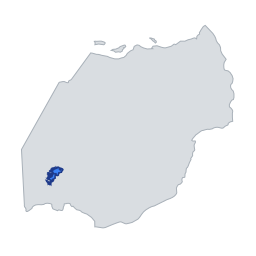 location of Sengerema, Mwanza, United Republic of Tanzania, rotated 267°
{"feature_id": "72390352B95612948822264", "entity_name": "Sengerema", "entity_type": "district", "adm_level": 2, "iso_a3": "TZA", "parent_name": "United Republic of Tanzania", "parent_adm1": "Mwanza", "projection": "robinson", "projection_center": [32.45, -2.582], "detail": "fine", "context": "in_parent", "style": "filled", "palette": "blue", "viewbox_px": 256, "rotation_deg": 267, "n_neighbors": 0, "source": "geoboundaries", "source_scale": "gbopen_adm2", "svg_char_len": 7656}
<svg xmlns="http://www.w3.org/2000/svg" viewBox="0 0 256 256"><g transform="rotate(267 128 128)"><path d="M93.3,189.3L90.4,187.6L87.8,186.5L85.6,185.4L84.7,184.2L82.7,183.8L80.9,183.6L79.3,182.6L76.0,182.2L75.7,181.5L75.6,179.9L75.0,179.5L73.8,179.1L72.5,179.2L71.7,179.4L71.3,179.3L70.2,178.4L69.2,177.2L68.8,175.3L67.3,174.1L65.6,173.2L60.7,173.3L60.0,173.0L58.8,172.1L57.4,170.5L56.4,168.8L55.4,166.4L54.4,163.1L48.8,150.2L48.3,147.7L47.2,145.0L45.4,141.7L43.5,139.2L41.0,137.0L38.1,134.8L36.5,133.2L33.5,127.2L32.9,124.3L32.4,121.4L32.6,120.2L34.5,116.4L34.7,115.3L34.4,113.8L33.5,110.8L32.3,107.1L29.9,100.4L29.6,98.7L29.6,97.5L31.0,90.7L31.0,89.7L36.6,89.9L40.6,86.9L44.2,82.4L44.9,80.6L46.3,77.7L47.7,76.3L48.3,75.3L49.1,72.4L51.0,70.5L52.8,69.0L52.4,68.0L52.7,67.6L53.7,66.8L55.6,66.1L55.9,64.7L55.9,63.0L55.6,62.0L55.7,60.9L55.4,60.3L54.1,60.2L52.3,59.3L50.7,59.0L49.6,58.5L49.2,58.1L49.1,57.1L49.9,54.5L49.1,53.4L51.0,49.1L51.4,48.6L52.1,48.5L53.2,48.0L54.2,47.8L55.1,48.0L55.7,47.8L56.2,47.3L56.7,45.9L57.1,43.4L56.9,41.4L56.1,39.9L55.9,37.5L56.2,34.4L56.0,31.8L55.1,29.7L54.1,28.4L52.7,27.8L50.6,24.6L49.9,23.1L50.0,22.1L50.8,21.7L52.2,21.9L53.5,21.5L54.7,20.6L55.9,20.4L56.5,20.5L112.1,20.5L177.0,61.5L177.3,62.0L177.8,65.6L177.7,66.8L176.7,68.8L176.4,69.9L176.4,70.6L176.6,70.9L177.5,71.0L178.2,71.5L178.5,71.9L179.0,73.4L179.7,74.2L204.4,94.3L204.9,94.6L204.6,96.3L203.2,100.4L203.1,102.1L202.5,104.1L202.0,105.4L200.6,111.2L199.4,113.4L197.7,118.4L197.5,122.3L198.3,125.0L198.7,127.5L200.6,130.0L202.1,130.9L203.1,132.0L204.9,134.6L205.9,137.2L209.2,138.5L210.5,141.4L210.0,143.4L208.5,145.1L207.1,147.8L205.9,151.3L205.9,156.8L206.6,155.9L208.4,157.3L208.6,161.3L206.8,165.9L206.2,168.1L206.1,169.9L207.4,175.5L209.3,178.3L209.2,179.2L208.7,180.0L212.0,185.0L211.7,189.3L213.0,192.7L213.5,195.7L214.3,197.9L214.5,199.5L213.4,201.2L215.9,201.6L217.3,203.0L218.0,204.4L219.7,204.3L220.7,205.2L222.1,206.0L225.1,208.3L225.9,209.4L226.4,210.5L218.0,217.7L214.9,219.5L212.8,220.3L210.4,220.8L208.2,222.0L206.2,223.7L203.5,224.6L200.3,224.6L196.9,225.9L191.5,229.6L188.4,227.5L185.9,226.9L183.1,226.9L181.4,227.2L180.8,227.6L180.3,228.9L179.8,230.9L178.0,232.9L174.7,234.8L171.7,235.5L169.0,235.0L167.2,234.3L166.2,233.1L164.8,232.6L162.9,232.7L161.1,233.5L159.4,235.0L156.7,235.6L152.9,235.4L150.9,234.7L150.6,233.5L149.0,232.0L146.0,230.4L143.8,230.4L142.4,231.9L141.0,232.9L139.9,233.4L138.8,233.4L137.3,233.0L133.1,232.8L129.2,232.9L128.8,230.6L128.0,229.2L127.3,228.3L126.0,228.1L125.6,227.5L125.1,226.0L124.5,224.8L123.6,223.8L123.0,222.9L122.9,222.0L123.0,221.1L123.8,218.7L124.1,217.1L124.0,215.4L123.6,213.7L122.6,211.7L122.7,211.1L122.4,209.8L122.4,208.8L122.6,207.6L122.4,206.0L121.6,202.6L121.6,201.8L120.8,200.2L118.1,196.3L118.0,195.8L113.9,191.9L112.3,191.0L111.7,191.8L111.5,192.4L111.6,193.7L111.5,194.3L111.4,194.6L110.4,194.6L109.8,194.4L108.2,193.4L107.0,193.1L104.0,193.3L103.0,193.5L102.1,193.3L100.5,191.5L98.7,191.1L97.0,191.1L94.2,189.0L93.3,189.3ZM209.7,124.4L211.0,128.6L210.9,129.4L209.9,129.9L209.4,130.0L208.8,129.3L208.4,127.8L207.7,128.2L206.4,126.5L205.2,126.4L204.1,124.3L204.6,122.5L204.3,119.5L205.7,117.9L206.4,115.3L207.3,117.1L207.4,119.9L208.6,123.2L209.7,124.4ZM216.3,98.9L216.4,99.9L216.2,100.9L216.2,103.9L216.1,105.9L215.1,108.7L214.2,109.7L213.5,109.4L212.9,108.9L212.4,108.2L213.4,103.1L212.9,99.3L214.8,99.7L216.3,98.9ZM213.4,160.6L212.4,160.8L212.0,160.6L211.4,159.7L212.5,159.0L213.5,157.6L215.8,155.6L216.8,154.0L216.7,155.6L215.4,159.0L214.3,159.3L213.4,160.6Z" fill="#d9dde1" stroke="#a8b0b8" stroke-width="1"/><path d="M87.3,59.2L87.9,59.4L88.1,59.6L88.6,59.8L88.7,60.0L89.1,60.4L89.5,60.6L89.8,60.8L90.0,60.8L90.3,60.6L90.7,60.2L90.8,59.9L90.6,59.7L90.5,59.2L90.8,59.1L91.0,59.1L91.3,58.9L91.2,58.7L90.9,58.4L91.2,58.2L90.7,57.8L90.7,58.1L90.9,58.3L90.5,58.1L89.7,58.2L89.8,57.9L90.1,57.8L90.3,57.9L90.5,57.9L90.7,57.7L91.6,57.5L91.8,57.1L92.1,57.1L92.3,56.8L92.1,56.4L92.5,56.1L92.3,55.9L92.5,55.7L92.5,55.1L91.8,54.8L91.7,54.8L91.5,54.6L91.6,54.2L91.8,54.1L92.0,54.1L91.7,53.7L91.4,54.0L91.4,53.4L91.2,53.2L91.6,53.2L91.7,52.9L91.5,52.6L91.8,52.7L91.8,52.2L92.0,52.3L91.8,52.0L92.0,51.8L91.8,51.6L91.6,51.8L91.4,51.5L91.4,51.3L91.5,51.3L91.8,51.3L91.8,51.0L91.8,50.7L91.6,50.7L91.8,50.4L91.5,50.3L91.5,50.2L91.3,50.3L91.1,50.3L91.2,50.7L90.9,50.3L90.9,50.5L90.7,50.6L90.7,50.8L90.6,51.0L90.3,51.2L90.2,51.0L90.3,50.8L90.1,50.6L90.2,50.4L89.9,50.6L89.7,50.5L89.4,50.7L89.1,50.6L89.0,50.4L88.7,50.4L89.2,50.2L89.4,50.0L89.5,49.9L89.4,49.7L89.4,49.3L89.0,49.2L88.9,49.1L89.0,48.8L88.8,48.9L88.7,48.7L88.7,48.4L88.9,48.4L88.8,47.8L88.7,48.1L88.6,48.4L88.4,48.5L88.3,49.0L88.3,49.4L88.2,49.8L87.9,49.9L87.7,50.3L87.6,50.6L87.3,50.7L87.2,50.9L87.0,51.0L86.4,51.7L86.3,51.8L86.1,51.6L86.0,51.3L86.2,51.0L86.2,50.5L86.5,50.6L86.7,50.3L86.6,50.1L86.7,49.7L86.6,49.4L86.5,49.7L86.1,49.7L85.9,50.2L85.6,50.0L85.5,49.8L85.6,49.6L85.4,49.9L85.2,49.9L85.2,49.7L84.7,50.0L84.5,49.8L84.8,49.5L84.8,49.4L84.5,49.4L84.3,49.2L83.5,49.5L83.4,49.1L83.7,48.9L83.5,48.5L83.3,48.6L83.0,48.5L82.9,48.3L83.0,48.1L83.0,47.7L82.8,47.6L82.7,47.2L83.0,47.1L83.5,47.4L83.4,47.2L83.3,46.9L83.1,47.1L82.7,46.7L82.9,46.6L82.6,46.1L82.5,45.7L82.4,45.7L82.4,46.0L82.2,46.1L81.4,46.2L81.2,45.7L81.1,45.4L81.0,45.5L80.9,45.7L81.1,45.9L81.0,46.5L81.1,46.9L80.9,47.0L80.8,46.8L80.5,46.9L80.5,47.2L80.2,47.4L80.1,47.8L80.1,48.0L80.0,48.3L79.8,48.4L79.5,48.4L79.0,48.2L78.8,48.0L78.6,48.1L78.2,48.1L78.0,48.5L78.0,48.8L78.3,49.2L78.6,49.2L78.8,49.4L78.9,49.6L78.8,49.9L79.0,50.0L79.3,49.8L79.6,49.8L79.5,50.2L79.8,50.1L79.8,50.3L80.0,50.3L79.9,50.4L80.0,50.4L80.0,50.5L80.3,50.5L80.2,50.7L80.3,50.7L80.2,50.7L80.2,50.9L80.3,50.9L80.3,50.7L80.7,50.6L81.0,51.4L81.2,51.5L81.3,51.7L81.7,52.1L81.8,52.7L83.3,52.6L84.9,52.9L85.7,53.2L86.1,53.1L86.2,53.4L86.2,53.7L85.1,53.8L84.9,54.1L84.4,54.2L84.4,54.6L84.2,54.9L84.2,55.3L84.4,55.5L84.6,56.0L85.0,56.1L86.0,56.2L86.8,56.5L86.6,57.0L86.9,57.6L87.2,57.9L87.3,58.7L87.3,59.2ZM84.8,45.9L84.6,46.0L84.7,46.4L84.4,46.6L84.2,47.3L84.3,47.6L84.6,47.7L84.8,47.7L84.9,47.8L84.9,48.0L84.6,48.2L84.5,48.4L84.6,48.6L84.7,48.9L84.8,49.1L85.2,48.9L85.5,48.5L85.7,48.8L85.8,48.7L85.7,48.5L85.8,48.4L86.0,48.4L86.0,48.2L86.3,48.4L86.3,48.0L86.1,47.9L86.1,47.5L86.4,47.4L86.3,47.0L86.6,46.9L86.7,46.7L86.6,46.3L86.6,46.0L86.4,46.1L86.1,46.0L86.2,46.4L85.9,46.2L85.9,46.3L86.1,47.0L85.8,47.0L85.7,47.1L85.4,47.1L85.3,47.3L85.2,47.2L85.2,46.9L85.0,46.7L85.3,46.5L85.4,46.3L85.2,46.1L84.9,46.5L84.7,46.4L84.8,46.1L84.7,46.1L84.8,45.9ZM77.6,44.8L77.4,44.9L77.1,45.6L76.9,45.7L76.5,45.6L76.7,45.9L76.5,46.0L76.2,45.9L76.0,46.0L75.8,46.4L76.5,46.3L76.8,46.6L76.6,46.8L76.8,46.8L76.9,47.0L76.7,46.9L76.5,47.2L76.3,47.1L76.2,47.2L76.2,47.4L76.1,47.5L76.5,47.4L76.7,47.5L76.6,48.0L77.8,47.5L78.0,47.2L78.0,46.9L78.2,46.6L78.4,46.1L78.4,45.8L77.7,46.1L77.6,45.9L77.8,45.8L77.7,45.6L78.1,45.3L77.8,45.4L77.7,45.4L77.8,45.0L77.6,44.8ZM90.3,49.0L90.1,49.2L90.1,49.3L90.5,49.5L90.5,49.3L90.3,49.0ZM87.5,46.5L87.5,46.3L87.4,46.4L87.4,46.6L87.9,46.7L87.5,46.5ZM89.7,49.2L89.3,48.9L89.4,49.1L89.7,49.4L89.7,49.2ZM79.8,43.7L79.6,43.8L79.7,44.0L79.8,43.7ZM87.3,46.4L87.3,46.2L87.2,46.1L87.2,46.4L87.3,46.4ZM89.6,47.5L89.3,47.2L89.4,47.4L89.6,47.5ZM78.1,45.2L78.3,45.0L78.2,44.9L78.1,45.0L78.1,45.2ZM88.5,47.7L88.4,47.8L88.6,47.9L88.5,47.7ZM79.8,50.4L79.6,50.4L79.8,50.5L79.8,50.4ZM82.8,45.3L82.6,45.2L82.6,45.4L82.8,45.3ZM79.2,43.6L79.1,43.8L79.3,43.8L79.2,43.7L79.2,43.6ZM85.4,45.9L85.4,46.0L85.5,46.1L85.4,45.9ZM81.9,44.8L81.9,44.7L81.8,44.8L81.9,44.8ZM90.0,49.4L89.9,49.5L90.0,49.4ZM78.5,44.7L78.3,44.7L78.3,44.8L78.5,44.7ZM79.3,44.1L79.2,44.1L79.3,44.1Z" fill="#3b82f6" stroke="#1e3a8a" stroke-width="1.5"/></g></svg>